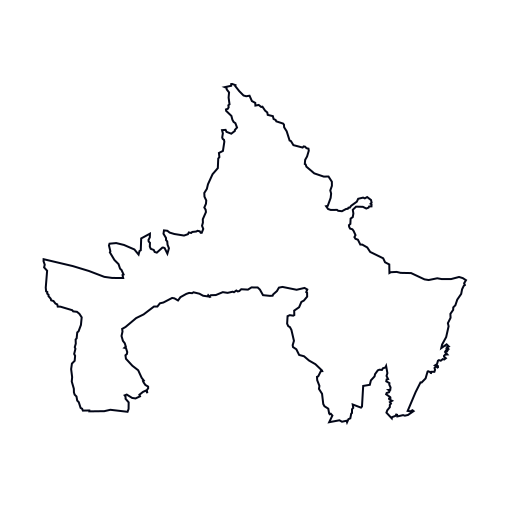 Atzitzihuacán, Puebla, Mexico, rotated 185°
{"feature_id": "50627088B49203716131538", "entity_name": "Atzitzihuacán", "entity_type": "district", "adm_level": 2, "iso_a3": "MEX", "parent_name": "Mexico", "parent_adm1": "Puebla", "projection": "mercator", "projection_center": [-98.615, 18.813], "detail": "fine", "context": "isolated", "style": "outline", "palette": "ink", "viewbox_px": 512, "rotation_deg": 185, "n_neighbors": 0, "source": "geoboundaries", "source_scale": "gbopen_adm2", "svg_char_len": 6079}
<svg xmlns="http://www.w3.org/2000/svg" viewBox="0 0 512 512"><g transform="rotate(185 256 256)"><path d="M71.6,153.8L71.2,155.9L68.2,156.2L67.7,158.2L68.4,160.0L67.7,161.1L66.7,161.6L65.5,160.7L65.0,161.1L65.2,162.2L67.9,162.8L66.3,164.0L65.6,167.5L64.7,168.2L62.8,167.8L60.9,169.6L59.5,169.3L58.0,170.7L59.9,172.1L60.0,172.9L58.9,174.3L56.9,174.6L59.3,176.9L58.7,178.2L57.3,177.8L56.8,178.9L57.8,179.9L56.4,180.3L57.9,181.8L56.1,182.7L58.4,184.6L63.4,180.4L62.9,184.0L59.5,191.8L58.0,202.8L59.0,205.8L56.8,211.4L57.3,215.3L54.9,219.5L55.0,222.0L53.1,224.3L51.7,230.1L48.3,236.1L47.8,240.8L46.4,244.5L45.4,245.3L46.3,247.0L44.7,250.2L48.1,252.0L51.9,252.8L59.7,250.0L69.1,249.2L73.5,249.6L81.9,247.1L86.1,247.4L100.0,252.5L110.4,251.8L114.5,252.4L120.3,251.6L121.6,250.7L122.5,259.2L126.9,261.0L129.1,264.8L142.6,270.0L145.9,274.2L151.1,276.6L153.1,276.5L155.9,281.1L158.4,281.8L159.6,283.4L158.7,285.5L160.9,289.4L162.3,291.0L164.7,291.5L165.8,293.3L166.1,294.8L164.8,296.2L165.0,301.5L163.0,303.2L162.7,306.8L163.6,310.5L160.6,313.9L153.8,314.3L150.3,312.9L148.1,314.0L147.6,315.2L145.3,315.5L145.4,317.4L146.4,318.0L145.5,319.3L146.3,321.8L150.4,324.4L152.6,322.9L154.4,323.5L159.2,321.9L160.3,318.9L165.6,314.3L166.8,312.3L168.1,312.2L168.7,311.0L170.4,310.7L174.3,308.1L178.1,308.2L179.3,309.0L185.6,308.4L188.3,309.1L190.5,311.7L188.9,312.2L186.7,320.4L186.6,324.7L187.7,327.8L186.5,332.5L186.9,336.6L190.7,341.5L195.4,341.0L205.2,343.4L213.6,349.4L214.5,351.5L215.4,351.9L215.4,356.1L213.8,359.6L212.6,365.5L213.1,367.5L215.1,367.8L216.7,369.2L218.1,369.3L219.0,368.1L228.4,369.7L231.2,373.5L232.6,374.0L236.3,382.9L239.2,386.7L239.6,389.3L240.6,390.3L247.5,391.9L248.3,393.2L250.4,394.0L251.4,396.8L256.6,397.6L257.3,400.0L259.6,401.6L262.6,405.3L263.8,404.9L266.5,406.7L269.7,405.8L270.1,408.5L273.6,410.0L276.4,415.1L279.7,414.3L282.4,414.8L287.1,418.8L291.5,423.5L291.3,424.4L294.8,425.3L295.7,425.1L295.6,423.4L301.8,421.5L300.0,420.9L299.7,419.4L297.1,416.6L297.1,411.4L295.6,404.8L296.7,403.7L296.2,401.8L296.9,400.2L298.7,399.4L298.4,398.0L292.7,393.4L291.4,389.7L290.0,387.6L288.1,386.5L286.1,382.3L288.0,379.8L288.0,378.7L291.3,375.7L296.2,377.1L297.3,379.0L300.8,378.4L299.7,375.3L300.0,371.2L299.4,369.8L298.0,368.9L297.5,367.1L298.1,357.8L301.9,355.4L301.1,351.3L302.1,349.8L301.7,340.2L306.4,333.7L310.1,323.3L310.8,318.6L313.0,314.3L312.5,310.6L310.4,307.0L310.4,303.7L311.7,299.8L310.2,297.7L309.7,295.4L312.2,288.0L311.8,284.6L312.4,281.4L310.9,278.4L312.1,274.4L313.1,274.3L314.2,275.7L316.5,276.0L317.6,275.2L321.6,274.4L322.6,273.3L325.0,273.6L325.7,271.8L329.5,270.1L339.3,270.8L344.1,271.8L346.5,273.4L349.9,273.5L350.1,270.1L347.2,266.1L347.0,264.0L345.7,262.8L345.1,259.5L343.4,256.1L344.5,250.6L347.7,255.9L348.9,256.3L350.0,256.2L355.1,250.7L357.3,251.2L358.4,253.1L361.5,254.0L362.6,256.1L362.8,259.9L364.2,261.1L364.5,262.6L363.4,265.4L363.6,269.0L371.9,263.5L371.3,251.7L372.5,250.8L373.1,247.2L377.7,251.9L388.5,255.5L396.4,256.7L403.0,255.5L403.4,253.7L401.5,248.0L401.9,246.9L396.7,239.7L392.2,235.9L390.3,231.5L388.8,230.4L386.3,226.0L387.3,225.4L386.4,222.5L397.3,221.6L405.3,222.0L421.1,226.5L437.7,230.0L467.3,234.3L467.2,232.3L465.7,228.9L466.1,226.2L462.8,223.1L462.7,206.2L462.0,202.5L460.8,202.0L460.7,200.3L459.3,199.3L459.2,197.9L456.8,195.6L456.2,194.0L453.8,193.5L451.6,191.1L449.8,190.5L449.1,188.3L446.5,188.5L434.4,186.0L433.3,184.9L429.5,184.8L426.9,183.0L424.3,179.7L424.4,172.0L426.2,165.5L427.4,164.3L427.5,158.3L428.4,157.1L427.9,152.9L428.6,149.4L427.8,147.8L428.6,142.6L427.5,140.8L427.5,135.8L430.0,132.8L430.3,127.2L428.6,119.3L428.6,114.9L425.9,107.9L425.5,104.3L424.6,102.1L422.6,100.4L421.5,96.4L419.8,94.9L417.5,89.4L415.9,88.7L415.0,86.9L408.6,87.6L408.5,86.7L393.6,88.2L387.7,90.1L370.4,89.6L369.6,92.5L370.1,99.1L373.5,102.4L373.7,104.5L374.7,105.7L372.7,106.7L367.0,103.8L363.6,103.6L359.3,106.1L360.1,107.6L356.7,110.8L353.7,112.5L352.3,109.9L353.1,112.8L351.9,114.8L352.1,116.5L355.0,117.9L356.9,120.2L357.7,121.6L356.9,122.1L359.3,124.7L363.4,131.9L369.6,135.9L376.6,142.3L377.4,145.7L376.1,147.1L375.9,149.1L377.5,152.9L379.0,153.1L377.8,154.4L379.1,157.6L381.2,159.9L383.0,164.6L382.4,169.1L383.0,171.7L379.8,173.9L370.0,183.7L362.9,188.0L353.2,196.8L349.8,197.1L347.6,200.5L344.2,201.6L335.9,206.9L333.6,206.7L329.8,204.9L327.7,208.4L322.1,212.2L319.4,213.4L316.4,213.4L315.1,214.4L309.1,213.5L305.2,211.8L299.7,211.5L300.5,212.1L300.2,212.8L298.7,211.4L297.5,213.0L292.6,213.6L285.9,217.1L281.1,216.8L276.1,218.4L274.8,218.0L272.6,219.9L271.1,219.1L269.6,219.6L267.8,221.6L261.1,221.8L257.8,224.3L251.6,224.8L249.2,222.9L245.6,217.6L238.6,217.5L236.0,217.9L235.5,219.3L232.1,222.9L230.4,226.5L226.9,227.5L212.6,225.9L204.9,228.4L202.0,227.1L202.8,224.4L201.9,223.8L201.5,220.0L204.4,215.8L206.8,214.2L208.6,208.7L213.2,204.9L212.7,200.5L213.7,199.8L217.2,200.0L219.3,198.8L219.1,191.3L217.7,188.9L216.0,188.1L214.3,185.5L210.8,174.8L211.7,170.4L211.2,168.5L207.7,166.6L204.4,161.2L199.4,160.3L194.1,156.5L187.4,153.4L180.3,147.7L180.0,147.1L181.4,146.9L183.5,141.6L184.7,140.9L184.2,137.6L181.5,132.1L181.7,129.1L178.2,124.5L176.1,114.4L174.7,112.3L170.7,110.2L169.4,105.5L168.7,104.8L167.8,105.4L166.0,103.7L168.6,96.8L158.6,99.6L155.9,98.4L151.4,99.8L150.8,98.3L149.7,101.5L147.9,102.5L147.4,107.3L146.7,108.0L147.0,111.7L145.9,113.2L146.7,116.5L138.2,114.1L137.3,115.3L137.9,135.9L131.4,137.6L130.7,142.1L127.4,146.4L127.1,148.7L124.7,152.7L123.1,153.5L120.6,153.5L119.8,155.2L117.4,156.2L116.8,157.8L114.9,150.8L115.5,147.9L113.7,144.9L115.1,144.4L115.3,142.5L112.0,141.0L112.0,139.4L110.5,136.8L110.6,134.4L112.3,134.1L111.1,133.3L111.6,131.9L113.9,130.9L114.3,129.6L110.0,127.1L109.7,126.3L111.0,125.6L110.8,124.9L107.8,123.6L109.9,122.1L108.7,120.7L109.7,119.3L109.5,117.1L111.8,113.7L112.4,111.3L106.6,106.1L106.5,107.3L103.1,108.9L102.5,110.3L101.6,110.1L101.2,108.5L95.6,110.3L93.8,109.9L90.7,110.9L85.5,115.2L86.7,116.0L88.6,114.7L91.4,114.9L85.1,134.4L81.1,144.4L80.0,144.4L76.4,148.8L75.0,155.8L74.5,156.2L71.6,155.3L71.6,153.8Z" fill="none" stroke="#020617" stroke-width="2"/></g></svg>